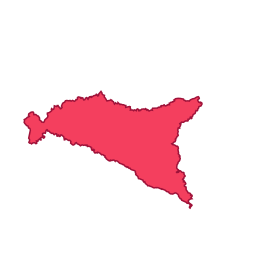 Serra do Navio, Amapá, Brazil, rotated 120°
{"feature_id": "56859067B94822080065950", "entity_name": "Serra do Navio", "entity_type": "district", "adm_level": 2, "iso_a3": "BRA", "parent_name": "Brazil", "parent_adm1": "Amapá", "projection": "orthographic", "projection_center": [-52.252, 1.643], "detail": "fine", "context": "isolated", "style": "filled", "palette": "rose", "viewbox_px": 256, "rotation_deg": 120, "n_neighbors": 0, "source": "geoboundaries", "source_scale": "gbopen_adm2", "svg_char_len": 5915}
<svg xmlns="http://www.w3.org/2000/svg" viewBox="0 0 256 256"><g transform="rotate(120 128 128)"><path d="M112.1,156.9L112.5,156.8L115.1,159.8L113.5,162.5L113.0,164.1L111.5,164.7L111.8,166.2L111.4,167.6L110.7,168.0L109.8,169.7L113.6,170.4L113.8,170.0L114.7,169.7L115.4,170.3L114.5,172.1L114.8,172.4L115.7,172.2L117.1,173.8L119.9,175.1L119.9,175.6L119.3,175.8L120.3,177.0L121.0,176.8L122.0,177.6L122.4,177.0L123.1,177.0L122.3,179.0L123.5,179.8L124.9,179.5L125.8,180.2L125.1,181.7L124.6,182.0L124.8,183.2L125.7,183.3L125.9,183.7L125.3,184.7L125.9,186.5L126.8,187.0L127.6,186.5L128.7,186.3L129.4,187.3L130.3,187.1L131.7,187.8L131.8,189.8L133.2,190.7L133.1,192.0L133.9,192.6L134.8,194.8L135.6,195.7L136.4,195.9L137.2,195.7L138.8,196.8L139.8,196.9L142.1,196.6L143.2,195.4L144.3,195.5L145.0,195.9L145.1,196.5L144.2,197.3L144.4,198.6L143.5,199.8L144.0,200.6L144.9,200.4L145.2,200.7L145.6,202.9L147.3,202.1L149.0,201.8L149.7,202.4L149.3,203.8L150.1,203.8L150.7,203.0L151.4,202.8L154.0,203.9L155.4,205.3L156.4,204.8L157.5,203.4L159.1,203.0L162.5,204.1L164.3,203.7L165.3,203.9L166.0,205.8L165.5,206.4L165.2,208.7L163.6,209.6L162.5,211.6L162.8,212.5L162.4,214.6L163.5,216.2L162.1,217.2L161.6,218.3L162.7,219.8L165.2,221.0L166.7,220.6L167.4,219.2L169.0,220.5L170.9,221.0L172.6,222.1L173.5,221.2L175.0,220.8L175.6,219.8L176.6,217.0L176.3,215.6L177.7,214.1L177.4,213.1L177.8,212.3L178.9,211.4L186.5,208.9L187.1,207.6L188.6,206.7L189.9,206.8L190.1,206.5L190.3,205.6L189.8,204.7L190.0,203.6L188.6,203.0L187.6,201.8L187.4,200.8L187.7,200.3L187.2,199.5L186.7,199.4L185.0,200.8L184.7,199.7L184.4,199.4L183.3,199.8L181.9,199.2L182.2,198.1L181.8,197.4L181.2,197.7L180.7,198.8L179.9,198.6L178.7,197.3L179.0,196.1L178.2,195.6L177.3,195.7L177.0,196.2L177.0,196.7L177.9,197.6L177.8,198.0L176.8,198.1L175.9,199.1L175.5,199.2L174.3,198.2L173.9,197.0L170.7,197.7L169.9,197.3L169.9,196.9L170.8,196.0L170.2,194.6L170.8,193.2L170.8,191.4L170.1,190.3L170.7,188.8L170.5,188.3L169.0,187.7L168.8,186.8L170.5,185.5L170.4,185.1L169.1,185.0L168.7,184.6L168.8,184.2L169.7,183.5L169.4,182.8L168.5,182.5L167.6,182.7L167.2,182.0L167.8,179.2L170.1,177.2L169.6,176.7L169.2,177.0L168.4,176.7L168.5,173.3L167.8,172.3L168.2,170.8L169.8,170.1L170.3,167.5L169.9,166.6L168.3,165.9L167.4,166.1L166.5,165.4L167.1,164.2L166.8,161.7L167.2,160.3L165.5,159.3L165.3,157.9L164.1,156.5L164.2,155.6L163.4,155.2L163.3,154.8L163.7,154.7L164.3,153.9L163.5,153.0L163.0,150.8L163.7,150.0L163.5,149.5L164.5,149.0L164.5,148.5L165.0,148.5L165.3,147.8L164.6,147.0L163.7,146.9L163.8,146.6L163.9,146.1L165.0,146.1L165.8,145.3L166.2,144.0L165.1,143.3L165.1,142.2L164.1,142.1L163.8,140.0L164.4,137.5L164.0,137.3L163.6,135.6L163.9,135.2L163.7,134.0L164.8,133.4L164.8,132.6L165.5,131.5L165.9,128.6L165.6,127.1L164.8,127.3L164.5,127.0L164.3,125.7L163.4,125.1L162.8,124.1L163.2,122.5L162.8,122.6L162.3,122.0L162.0,120.5L162.7,117.6L162.2,115.0L162.3,114.1L161.9,113.5L162.7,110.9L162.2,110.0L162.6,109.1L162.3,108.8L162.0,109.0L161.7,108.8L162.4,107.0L161.8,105.9L162.3,105.3L162.4,104.3L161.6,100.8L162.2,99.6L162.9,99.4L163.7,98.2L164.5,98.0L165.0,95.3L166.6,93.6L166.1,92.2L165.7,88.8L166.3,88.5L166.9,87.1L166.2,86.6L167.4,85.2L167.6,83.3L168.2,81.8L167.3,81.0L167.5,79.7L167.1,78.9L167.0,76.0L166.5,75.0L165.6,74.0L165.4,73.2L165.1,73.1L164.6,71.9L164.2,68.2L163.8,68.3L163.3,64.8L163.7,62.6L163.1,60.8L163.6,60.2L163.8,58.4L162.8,56.2L160.6,54.7L160.3,53.3L160.5,51.6L161.1,50.5L161.8,50.1L163.1,47.4L162.9,46.3L163.7,45.4L163.2,40.0L163.6,39.7L163.4,38.6L162.8,38.0L163.3,35.8L165.0,35.2L165.8,35.3L166.3,34.7L166.3,34.2L165.6,34.4L163.0,33.9L162.7,34.2L162.3,37.7L161.2,39.4L159.6,39.2L158.1,38.3L157.3,37.3L156.9,38.6L154.8,38.4L154.2,39.1L154.2,39.6L154.9,40.2L153.8,40.8L153.5,41.8L154.1,43.7L153.5,44.3L152.4,46.8L150.1,48.2L150.3,49.9L149.3,50.6L148.0,50.0L147.3,50.1L146.4,51.4L146.8,53.0L145.8,52.8L145.2,55.0L144.6,55.0L143.9,54.4L142.7,55.0L141.7,54.5L141.0,54.5L140.2,56.2L138.8,57.2L138.7,57.6L139.4,59.0L138.9,61.1L139.1,61.8L141.2,62.2L142.2,63.5L142.0,63.9L139.6,62.9L139.0,63.4L139.0,64.4L138.4,65.8L136.3,66.8L135.0,67.2L133.8,67.0L132.8,67.5L130.5,67.0L128.7,67.4L128.0,67.7L127.2,69.2L126.3,68.9L125.2,71.6L124.3,71.7L121.8,73.9L120.4,74.2L119.2,75.4L119.1,76.4L119.6,76.7L119.4,79.1L120.1,81.2L119.7,82.2L118.9,81.4L117.6,81.4L116.3,80.4L114.3,80.7L114.1,81.4L113.7,81.5L112.3,81.1L110.9,81.3L109.6,80.8L109.1,80.9L108.1,82.2L105.9,82.8L104.9,84.0L103.8,84.1L103.1,84.6L102.6,84.3L102.3,83.2L101.4,83.8L99.9,83.7L98.2,84.2L98.6,85.0L98.3,85.4L97.2,84.7L96.2,84.6L95.3,82.8L93.2,81.8L92.0,79.7L91.5,79.6L90.5,80.4L89.4,79.1L87.5,79.4L88.1,77.8L87.8,77.6L86.4,78.3L85.8,77.9L83.7,78.3L81.9,77.2L78.9,77.8L78.5,76.7L77.6,76.6L76.7,77.1L75.5,76.8L74.1,77.3L72.3,75.8L70.2,75.9L69.4,76.6L69.3,77.9L70.2,77.9L69.9,78.9L70.3,79.6L69.2,81.5L68.5,81.7L66.9,81.0L66.0,81.8L65.7,82.8L67.1,84.1L69.2,85.2L70.4,86.6L72.5,88.1L74.1,88.4L74.4,89.5L75.9,91.7L75.6,92.4L76.0,93.2L75.2,94.4L76.3,97.6L77.3,99.5L78.8,101.4L80.7,102.2L80.8,101.4L81.1,101.2L82.6,102.0L82.9,102.5L83.2,102.4L84.6,104.0L85.8,104.3L86.0,104.6L87.1,103.7L87.8,105.1L88.5,105.2L88.6,105.6L90.0,106.3L90.3,107.4L89.8,108.1L90.0,108.4L90.5,108.1L91.0,108.6L91.9,110.3L92.6,110.6L93.0,110.0L93.5,110.7L94.5,111.1L94.8,112.1L96.0,112.4L98.6,116.6L100.1,116.5L100.5,115.9L101.0,117.1L102.6,118.1L102.8,119.0L102.3,119.4L102.3,120.3L103.2,120.6L103.0,121.3L102.5,121.5L102.5,122.5L103.1,122.4L103.5,122.8L103.5,123.7L104.9,125.6L105.8,125.7L106.3,126.5L106.8,126.2L107.5,126.9L107.7,127.3L106.7,128.2L106.7,129.3L107.6,129.8L108.9,129.5L108.9,131.1L109.2,131.7L110.2,131.7L110.2,133.3L111.3,134.9L110.2,135.2L109.4,136.2L108.5,136.6L108.6,137.4L111.3,140.3L109.6,141.1L110.1,142.1L110.0,143.3L110.5,144.0L111.0,146.3L111.7,146.6L111.0,149.4L111.9,149.0L112.3,149.3L112.7,150.6L112.4,151.3L114.0,151.7L112.5,153.8L112.6,155.2L112.1,155.6L112.1,156.9Z" fill="#f43f5e" stroke="#9f1239" stroke-width="1.5"/></g></svg>